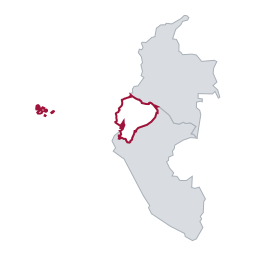 Ecuador highlighted among its neighbors
{"feature_id": "ECU", "entity_name": "Ecuador", "entity_type": "country or territory", "adm_level": 0, "iso_a3": "ECU", "parent_name": "South America", "parent_adm1": "", "projection": "albers", "projection_center": [-81.617, -1.768], "detail": "medium", "context": "with_neighbors", "style": "outline", "palette": "rose", "viewbox_px": 256, "rotation_deg": 0, "n_neighbors": 2, "source": "natural_earth", "source_scale": "50m", "svg_char_len": 3673}
<svg xmlns="http://www.w3.org/2000/svg" viewBox="0 0 256 256"><path d="M197.0,138.1L190.4,137.6L183.3,140.1L174.8,145.1L174.3,148.5L172.4,151.1L173.1,155.1L168.6,157.2L168.6,160.3L166.6,161.7L169.7,168.3L173.7,172.8L172.1,176.0L177.0,176.4L179.8,180.4L186.2,180.6L192.3,176.3L191.7,187.5L195.0,188.4L199.2,187.1L205.4,199.0L203.8,201.4L203.2,212.7L200.3,216.3L201.6,219.0L199.9,221.4L202.9,227.5L196.3,238.9L192.5,240.6L185.2,236.5L184.6,233.5L170.2,226.2L151.5,213.7L148.5,207.7L149.7,205.6L143.5,196.0L124.1,159.0L113.2,151.2L115.6,147.9L112.0,140.9L114.3,135.7L120.2,131.0L121.1,134.1L119.0,135.9L119.1,138.6L125.2,138.8L128.3,142.5L132.5,139.5L133.9,134.5L138.4,128.1L147.3,125.2L155.4,117.5L157.7,112.7L156.7,107.1L158.7,106.4L169.4,115.3L173.7,123.1L179.2,124.1L183.3,122.2L185.9,123.5L190.4,122.9L196.0,126.4L191.2,133.9L193.4,134.1L197.0,138.1Z" fill="#d9dde1" stroke="#a8b0b8" stroke-width="1"/><path d="M219.8,97.2L218.4,98.1L215.0,91.4L212.5,93.9L198.1,93.6L198.1,98.2L202.4,99.0L202.2,101.8L200.7,101.1L196.5,102.2L196.4,107.6L199.7,110.3L200.8,114.6L197.0,138.1L193.4,134.1L191.2,133.9L196.0,126.4L190.4,122.9L185.9,123.5L183.3,122.2L179.2,124.1L173.7,123.1L169.4,115.3L158.7,106.4L156.7,107.1L149.9,102.8L147.8,104.0L141.6,102.9L139.8,99.8L131.0,95.6L130.0,93.3L132.7,92.8L132.4,89.1L134.2,86.4L137.9,85.9L143.9,77.5L141.1,75.7L142.5,71.5L140.9,64.7L142.5,62.8L141.3,56.6L138.3,52.7L139.3,49.2L141.7,49.7L143.1,47.6L141.4,43.3L142.3,42.2L146.2,42.5L151.8,37.4L154.9,36.7L156.4,28.2L160.7,24.9L165.4,24.8L166.0,23.3L171.8,23.9L180.7,18.8L184.3,15.4L187.0,15.8L188.9,17.7L187.5,20.1L182.7,21.3L180.7,24.9L175.6,29.5L172.6,38.9L176.4,39.4L179.0,44.4L178.9,51.5L180.7,52.1L182.5,54.7L192.1,54.1L196.4,55.0L201.6,61.4L214.2,60.3L216.8,61.6L213.7,68.0L213.1,73.2L216.9,82.0L213.0,85.6L217.7,89.9L219.8,97.2Z" fill="#d9dde1" stroke="#a8b0b8" stroke-width="1"/><path d="M157.4,106.7L156.0,107.1L154.9,106.8L157.6,110.3L157.6,113.0L156.5,112.8L155.2,117.3L151.4,121.7L147.0,124.8L138.2,127.9L135.8,130.6L136.0,131.5L135.5,131.7L135.1,131.0L134.6,131.0L134.1,133.8L132.2,137.9L132.1,139.6L130.5,140.7L130.4,141.8L129.5,142.6L127.3,142.3L126.1,140.4L126.0,139.4L125.1,138.8L123.9,138.9L121.4,137.6L119.6,138.8L118.9,138.6L119.8,137.0L118.8,136.6L118.8,135.5L120.2,135.5L121.1,134.5L120.4,131.2L120.0,130.9L121.2,130.4L122.7,129.2L124.4,124.9L123.7,123.3L123.6,121.1L123.2,121.7L123.3,123.8L123.0,124.7L122.2,124.7L122.4,123.2L120.3,125.8L115.5,122.6L115.3,122.0L116.7,121.2L116.8,120.1L116.3,117.9L116.5,116.0L115.8,113.8L116.2,113.0L118.3,112.1L119.1,110.1L120.4,110.4L119.6,110.1L118.9,108.5L121.5,105.9L122.1,104.7L122.3,102.8L121.8,100.0L122.2,99.6L123.2,99.5L124.4,98.6L125.3,98.6L126.4,98.0L130.6,96.9L131.2,96.3L130.9,95.1L132.3,96.3L136.0,98.7L138.6,99.8L139.5,99.7L139.9,100.5L141.2,101.2L141.8,103.0L146.0,104.0L148.4,104.1L148.9,104.0L149.2,102.9L150.1,102.6L151.6,103.3L153.8,105.3L154.9,105.5L157.4,106.7ZM38.3,105.2L39.4,106.4L39.7,107.7L41.2,109.2L41.3,110.5L42.5,111.6L41.7,113.0L40.0,113.6L37.9,113.5L37.3,112.5L38.5,111.3L39.9,110.7L40.1,110.2L38.2,108.2L37.8,106.3L36.9,106.5L36.5,106.1L37.3,105.3L38.3,105.2ZM45.9,111.8L44.4,111.1L44.4,110.4L44.9,109.9L46.4,109.6L47.0,110.1L47.0,110.9L45.9,111.8ZM121.7,126.9L121.3,128.1L120.4,128.0L120.8,126.2L121.8,125.6L123.1,126.0L121.7,126.9ZM37.8,109.5L36.4,109.4L36.2,108.2L37.6,108.0L38.0,108.5L37.8,109.5ZM52.7,112.7L51.8,113.1L51.3,112.6L52.7,111.3L53.7,111.1L53.9,111.4L52.7,112.7ZM44.1,108.5L42.4,108.5L41.9,108.1L42.6,107.3L44.3,108.1L44.1,108.5ZM45.3,116.0L44.6,115.7L44.9,115.1L45.6,115.6L45.3,116.0ZM130.6,96.6L130.0,96.3L130.6,95.8L130.6,96.6Z" fill="none" stroke="#9f1239" stroke-width="2"/></svg>